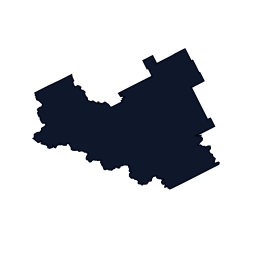 Flathead, Montana, United States of America (Robinson projection), rotated 153°
{"feature_id": "52423323B85659466987849", "entity_name": "Flathead", "entity_type": "district", "adm_level": 2, "iso_a3": "USA", "parent_name": "United States of America", "parent_adm1": "Montana", "projection": "robinson", "projection_center": [-113.761, 48.298], "detail": "fine", "context": "isolated", "style": "filled", "palette": "ink", "viewbox_px": 256, "rotation_deg": 153, "n_neighbors": 0, "source": "geoboundaries", "source_scale": "gbopen_adm2", "svg_char_len": 4303}
<svg xmlns="http://www.w3.org/2000/svg" viewBox="0 0 256 256"><g transform="rotate(153 128 128)"><path d="M73.4,181.1L83.9,181.1L84.0,172.2L82.7,172.2L82.8,163.1L93.1,163.1L114.6,163.1L120.5,163.1L120.1,159.5L118.9,159.2L118.6,160.2L117.2,156.8L119.6,156.8L119.6,155.3L121.4,155.3L121.3,153.8L133.3,153.8L134.4,154.7L134.9,157.7L136.9,161.4L140.1,161.2L142.7,163.6L142.5,164.3L142.8,164.6L143.5,164.2L144.3,164.3L144.7,164.1L145.0,164.4L147.1,167.9L148.8,167.9L151.0,170.0L151.6,171.4L150.8,173.2L151.5,175.8L151.2,178.8L150.2,179.5L151.1,181.8L152.6,182.8L152.9,184.7L151.7,185.7L152.1,186.8L153.6,188.4L156.7,188.3L157.1,190.8L156.5,194.4L155.1,194.8L154.9,198.7L154.2,201.0L168.2,201.0L179.9,201.4L195.0,201.4L194.9,200.2L195.7,198.9L195.0,197.1L196.0,196.9L196.3,194.6L194.8,193.0L193.2,188.5L193.3,187.4L195.5,185.7L196.9,186.2L199.1,186.0L200.3,185.3L200.1,182.9L201.5,182.6L202.0,179.2L201.2,177.0L202.1,175.6L202.1,172.7L201.7,171.1L199.3,170.0L199.7,167.7L201.7,167.0L205.1,166.8L205.8,165.3L208.2,164.0L211.0,165.0L214.2,164.8L215.9,161.6L217.0,161.7L214.6,156.1L212.2,155.5L211.3,155.9L211.0,154.0L212.1,153.4L209.9,151.3L208.4,151.4L208.6,149.9L207.4,148.9L208.2,146.9L206.8,145.5L205.6,145.5L204.4,145.2L202.6,146.5L202.5,144.4L201.5,143.5L199.3,144.9L195.7,144.7L196.0,144.0L194.2,143.4L193.0,141.9L191.0,140.9L189.6,142.0L187.7,141.4L187.2,136.4L188.0,134.7L187.1,133.3L184.6,132.0L182.8,131.4L182.1,129.5L180.0,129.1L177.9,127.5L177.8,126.7L177.3,126.1L177.2,126.1L176.4,125.7L175.7,125.2L175.7,124.4L175.1,123.8L174.8,123.6L175.1,123.2L175.4,122.9L176.0,122.2L177.1,121.6L177.8,121.1L178.5,120.5L178.9,119.6L179.1,119.1L178.8,118.4L178.0,117.9L177.7,117.1L177.7,116.3L177.7,115.7L177.2,115.1L176.3,114.9L175.3,115.3L174.4,115.6L173.5,115.5L172.5,115.3L172.1,114.7L171.5,114.2L170.7,114.0L170.2,113.6L169.9,113.1L169.3,112.8L168.7,112.7L168.1,112.5L167.6,112.1L167.2,111.9L166.9,111.5L167.0,110.9L167.4,110.2L167.9,109.6L167.8,108.8L167.6,108.1L168.0,107.3L167.9,106.9L167.5,105.9L167.6,105.1L167.6,104.3L167.8,103.3L167.8,102.6L167.9,102.0L167.3,101.4L166.2,101.3L165.3,101.0L164.3,100.5L164.0,99.7L163.5,99.2L162.7,98.9L162.0,98.5L161.8,98.1L161.4,98.0L160.9,98.2L159.9,98.4L159.1,98.5L158.5,98.2L157.8,98.4L157.4,98.9L156.6,99.0L155.8,98.6L155.6,97.8L154.8,97.1L154.4,96.7L153.7,96.5L153.2,96.8L152.7,97.2L152.1,97.8L151.4,97.8L150.7,97.3L149.5,97.2L148.3,97.1L147.4,96.7L146.8,96.4L146.3,96.1L146.0,95.7L145.5,95.5L144.9,95.2L144.5,94.9L144.4,94.3L144.7,94.0L144.8,93.2L144.9,92.4L144.8,91.7L145.0,90.9L145.3,90.3L145.7,89.6L146.2,89.3L146.2,88.8L146.0,88.4L145.6,87.7L145.4,87.2L145.3,86.9L145.8,86.7L146.1,86.7L147.1,86.4L147.6,86.0L147.9,85.4L148.0,84.9L148.4,84.3L148.1,83.6L147.9,83.2L148.0,82.6L147.7,82.0L147.2,81.5L146.3,81.3L145.8,80.9L145.3,80.2L145.1,79.3L144.2,78.8L143.5,78.2L143.3,77.5L143.0,77.0L142.8,76.6L142.6,75.9L143.0,75.4L143.6,74.6L143.7,74.1L143.8,73.9L143.6,73.5L143.2,73.3L142.4,72.9L141.8,72.4L141.6,71.8L141.3,71.0L140.7,70.9L140.2,71.3L139.5,71.5L138.9,71.2L138.9,70.7L137.9,70.4L137.0,69.9L136.6,69.9L135.9,70.2L135.1,70.5L134.5,71.1L134.2,71.5L133.8,71.5L133.3,71.4L132.8,70.9L131.8,70.7L131.4,70.6L131.1,70.7L130.9,71.1L130.4,72.0L129.7,72.6L128.8,72.9L128.3,73.3L127.8,73.6L127.1,73.5L126.8,73.2L126.3,73.2L126.1,73.4L125.8,73.4L125.6,73.1L125.0,72.8L124.2,72.5L123.8,72.3L123.6,71.9L123.8,71.7L124.4,71.5L124.7,71.0L124.5,70.2L124.1,69.7L123.6,69.2L123.2,68.8L122.5,68.8L121.8,68.1L121.4,67.4L120.5,66.9L119.4,66.4L119.2,66.0L119.7,65.7L120.1,65.7L121.2,65.4L122.4,64.7L122.7,64.1L122.6,63.2L122.6,62.6L121.9,61.9L120.9,61.8L120.3,61.7L120.1,61.2L120.4,60.9L120.6,60.0L121.4,59.4L121.9,58.6L121.7,58.5L121.0,58.4L120.4,58.6L119.7,58.4L119.3,57.5L119.1,56.9L119.3,56.4L118.7,55.7L118.4,55.0L118.2,54.8L104.7,54.6L98.2,54.6L87.6,54.6L74.0,54.6L63.8,54.6L62.7,55.6L63.1,56.5L66.3,56.8L67.3,57.5L66.2,59.5L64.4,61.1L65.6,64.0L65.0,66.1L66.5,67.8L66.6,71.2L64.0,72.3L63.2,74.5L64.7,75.4L68.2,75.6L68.1,76.7L70.2,77.7L71.2,79.8L73.2,80.6L72.6,81.6L70.6,82.6L67.6,83.5L66.5,85.1L67.4,86.6L66.5,88.2L69.5,89.1L70.9,90.3L50.2,90.3L50.2,99.2L53.4,99.2L53.4,117.4L53.3,135.5L39.0,135.6L39.0,144.6L39.8,144.6L39.7,157.3L39.7,158.8L41.4,158.8L41.4,172.5L52.0,172.5L55.6,172.2L73.4,172.2L73.4,181.1Z" fill="#0f172a" stroke="#020617" stroke-width="1.5"/></g></svg>